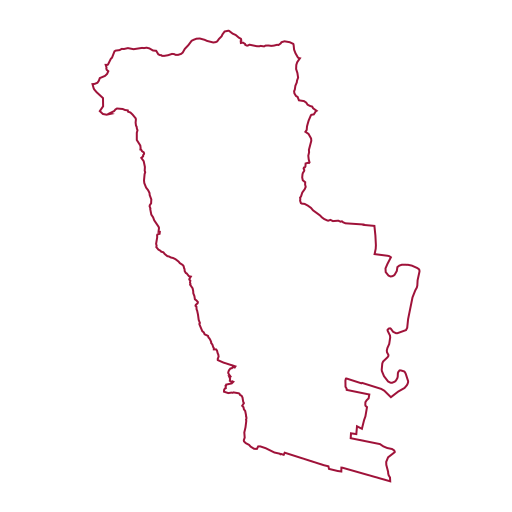 Saulesti, Gorj, Romania
{"feature_id": "2599482B57041086191744", "entity_name": "Saulesti", "entity_type": "district", "adm_level": 2, "iso_a3": "ROU", "parent_name": "Romania", "parent_adm1": "Gorj", "projection": "mercator", "projection_center": [23.467, 44.815], "detail": "fine", "context": "isolated", "style": "outline", "palette": "rose", "viewbox_px": 512, "rotation_deg": 0, "n_neighbors": 0, "source": "geoboundaries", "source_scale": "gbopen_adm2", "svg_char_len": 6008}
<svg xmlns="http://www.w3.org/2000/svg" viewBox="0 0 512 512"><path d="M388.2,473.5L388.1,471.8L386.3,464.9L386.2,461.9L388.1,457.3L394.7,452.2L394.7,451.4L394.0,450.3L392.0,449.0L387.2,448.0L385.5,447.3L383.2,446.3L380.0,444.1L350.7,438.2L351.0,433.3L356.3,434.1L357.0,426.3L361.9,428.8L364.1,420.0L365.4,416.4L367.0,407.1L365.6,405.9L365.3,405.0L365.4,402.2L366.7,400.2L368.6,398.4L369.3,394.5L346.7,389.9L346.6,388.6L345.5,386.8L345.4,380.6L345.9,378.6L346.5,378.5L361.4,383.3L362.1,382.9L381.2,388.9L384.3,390.7L390.9,397.2L398.3,391.5L404.5,388.0L406.8,385.3L407.6,383.8L408.1,382.1L408.1,381.1L405.8,374.0L405.0,372.3L404.1,371.4L400.8,370.4L399.6,370.4L398.4,371.8L397.9,373.1L397.7,376.8L397.3,378.2L395.9,380.6L394.7,381.7L392.0,382.8L390.5,382.7L388.1,381.5L384.0,376.2L381.9,371.1L381.7,369.8L382.3,363.4L383.1,361.5L387.6,357.2L388.4,355.9L388.4,354.9L387.0,352.3L386.8,350.5L387.4,348.0L389.2,344.0L390.2,337.5L390.0,335.5L387.8,331.1L387.5,330.0L387.8,329.6L388.7,328.6L390.1,328.3L390.8,328.7L393.1,331.8L396.0,333.2L397.4,333.2L406.0,330.1L407.2,327.8L408.1,319.1L412.5,297.4L415.3,290.3L416.8,287.6L417.3,285.6L417.6,280.2L419.5,271.5L419.4,270.1L418.9,269.2L417.2,268.0L411.8,265.6L408.0,264.8L402.0,264.7L399.3,265.6L397.4,267.1L396.8,271.0L394.6,274.8L393.6,275.6L392.3,276.2L390.6,276.5L388.5,275.6L385.7,272.1L385.5,268.4L387.5,263.8L390.9,257.3L389.3,256.2L387.8,255.8L374.6,254.1L375.7,248.8L375.9,245.2L375.4,235.6L374.4,225.9L363.5,224.9L363.5,224.5L345.5,223.3L343.1,222.3L341.9,221.3L340.6,221.7L338.3,220.7L332.9,221.1L330.4,219.9L328.2,220.7L327.4,220.5L324.1,219.0L321.8,217.3L320.1,215.5L313.0,210.3L311.0,207.9L307.8,205.6L304.6,203.9L301.8,203.6L300.9,203.1L300.1,200.7L300.3,199.1L300.1,197.6L301.0,196.5L302.3,192.5L304.7,189.2L305.7,186.9L305.1,184.5L305.2,182.2L302.8,180.3L302.2,177.5L302.5,174.2L302.9,172.9L304.1,171.0L304.3,170.1L303.6,168.6L303.9,167.6L304.8,167.4L305.4,166.5L305.6,163.5L307.9,162.8L309.0,163.0L309.5,162.4L308.7,159.3L308.3,155.7L309.1,152.2L308.9,149.9L311.3,140.8L311.1,138.5L308.5,133.9L305.4,131.8L306.7,129.9L307.0,126.4L307.7,123.8L308.7,120.4L310.9,115.3L311.4,114.8L313.8,114.4L315.8,111.3L316.6,110.8L313.1,108.3L312.2,106.6L310.1,106.0L307.6,104.7L306.2,102.6L304.0,101.1L298.9,100.3L297.6,96.9L296.0,96.0L294.4,93.4L294.1,91.2L294.8,89.6L295.4,85.7L296.8,82.4L297.0,80.7L298.1,77.6L297.4,73.0L296.1,69.0L296.3,64.9L297.2,62.2L299.9,58.3L298.5,58.0L297.8,57.3L295.5,53.3L294.1,49.7L293.6,44.9L293.3,43.9L289.7,42.2L284.5,41.3L281.5,42.2L280.7,43.4L278.5,45.0L277.1,44.8L273.9,45.6L271.3,45.9L268.5,45.5L265.5,45.6L264.1,46.4L260.6,45.9L259.2,46.3L256.7,46.2L249.5,44.7L247.7,45.6L246.9,45.6L245.3,44.9L245.0,43.9L242.9,42.6L240.9,43.0L240.7,41.1L241.2,40.8L241.3,40.2L240.9,38.8L238.9,37.7L235.7,35.0L232.6,33.6L229.1,30.9L228.4,30.7L224.6,31.5L222.4,34.5L221.6,36.3L219.0,38.9L217.2,41.4L215.8,42.1L213.3,42.5L207.0,40.9L204.6,39.8L199.8,38.5L196.5,38.7L193.6,39.8L191.6,40.8L188.4,45.1L184.8,48.9L182.7,52.6L181.1,53.9L178.0,54.9L175.7,54.9L174.1,54.1L172.0,53.9L168.1,55.2L164.1,55.9L162.1,55.9L161.3,55.2L159.9,55.1L158.3,54.3L156.2,50.8L153.0,50.5L149.4,48.4L146.6,47.7L144.0,48.1L142.0,47.9L133.6,49.2L127.9,48.1L124.0,49.0L121.7,48.9L119.6,50.1L115.7,50.6L114.5,51.3L112.0,57.7L110.9,58.7L108.0,64.5L107.4,64.9L105.7,64.9L106.5,67.5L106.3,68.6L106.7,69.8L108.3,71.2L107.1,73.9L105.0,75.9L99.8,78.1L98.8,80.8L97.4,82.8L94.6,83.9L92.5,84.1L93.6,88.1L94.2,89.4L96.6,92.2L103.0,98.1L103.1,106.3L99.8,111.1L102.9,114.0L106.6,114.7L111.2,113.7L109.8,113.2L114.1,111.1L115.4,109.5L117.0,108.5L122.7,109.0L125.0,110.0L127.8,110.4L128.1,111.7L130.4,112.5L132.6,114.6L135.7,118.4L135.9,119.6L135.6,122.6L136.0,125.7L136.6,126.6L136.9,128.7L137.5,130.2L136.8,132.8L136.8,140.0L140.3,145.5L140.6,147.9L140.4,149.5L141.2,149.7L142.0,151.2L143.7,152.3L144.1,153.3L143.9,154.2L143.1,155.2L143.1,156.4L141.3,157.9L143.7,161.2L144.9,167.0L144.7,170.7L145.2,172.2L144.6,174.1L144.0,180.5L144.3,183.1L146.1,187.6L148.1,190.2L149.5,193.0L149.7,195.1L151.3,199.4L151.1,203.3L149.8,205.2L149.6,206.3L150.4,208.4L150.2,208.9L151.3,214.6L153.1,217.3L154.2,220.3L158.6,226.8L159.0,228.0L158.5,231.9L159.8,231.9L159.6,233.8L157.5,234.4L157.1,235.1L157.2,237.2L156.1,243.8L156.6,245.7L156.3,247.1L158.4,249.6L160.5,250.8L161.2,251.7L163.4,252.3L164.6,253.9L167.4,256.2L168.8,256.4L170.9,257.5L173.1,258.0L175.5,259.2L178.6,261.6L179.8,263.1L182.6,264.9L183.6,266.1L184.1,268.3L184.5,269.0L184.7,271.1L185.8,273.0L186.7,273.4L188.9,276.2L190.8,276.6L189.3,279.1L189.3,279.6L190.3,280.6L190.0,282.7L190.5,284.0L190.1,284.7L192.6,288.3L193.2,291.1L193.3,293.3L194.4,296.1L194.9,299.3L196.4,300.4L197.9,302.1L197.6,303.3L195.8,304.8L195.5,305.8L196.4,306.6L196.6,309.5L197.1,310.5L198.0,314.7L198.7,319.9L199.9,323.0L199.4,323.7L199.4,324.3L202.3,331.2L203.8,332.4L204.6,334.3L208.0,335.9L208.5,337.5L209.5,338.5L210.5,340.4L211.2,342.1L211.1,342.9L212.4,344.6L213.2,347.1L213.8,348.0L213.8,349.4L216.1,349.4L217.0,350.6L217.7,353.3L218.3,354.6L218.6,356.6L217.7,359.0L217.8,360.1L223.5,362.6L235.4,366.4L234.7,367.5L232.8,367.1L231.9,368.2L230.4,368.5L228.9,370.4L228.3,372.2L228.2,372.9L228.9,374.3L230.6,376.6L230.0,377.2L229.3,376.9L230.1,378.8L229.8,380.8L231.5,381.8L232.3,381.3L233.3,381.8L231.7,383.4L226.2,384.6L226.0,385.7L225.6,385.8L225.8,388.2L224.8,388.6L224.1,389.9L224.0,391.7L228.3,393.1L231.4,392.6L232.7,392.8L233.5,392.4L238.8,393.3L239.5,393.8L240.0,394.9L241.6,395.8L242.5,397.5L243.2,401.8L243.9,403.1L242.2,405.8L243.5,407.2L243.9,409.3L245.2,411.0L246.0,415.0L246.1,416.7L246.4,417.1L246.4,418.8L246.0,419.7L246.3,420.8L245.5,427.3L244.3,432.5L244.7,437.6L243.8,440.2L244.0,441.4L245.7,443.1L249.1,444.9L250.6,446.6L254.1,448.8L256.9,448.9L258.2,446.4L260.3,446.4L265.7,448.2L274.4,452.5L279.8,453.7L280.4,454.3L281.1,454.0L283.7,454.8L284.7,452.7L323.8,465.2L328.4,466.3L329.0,468.9L337.7,471.0L341.3,471.5L341.4,467.6L342.4,467.7L390.2,481.3L390.0,477.5L388.7,475.4L388.2,473.5Z" fill="none" stroke="#9f1239" stroke-width="2"/></svg>